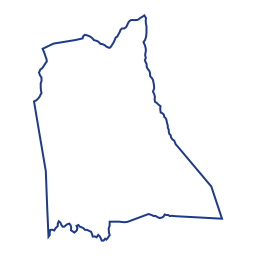 outline of Lagoa Real, Bahia, Brazil
{"feature_id": "56859067B61911613465108", "entity_name": "Lagoa Real", "entity_type": "district", "adm_level": 2, "iso_a3": "BRA", "parent_name": "Brazil", "parent_adm1": "Bahia", "projection": "equal_earth", "projection_center": [-42.217, -14.03], "detail": "fine", "context": "isolated", "style": "outline", "palette": "blue", "viewbox_px": 256, "rotation_deg": 0, "n_neighbors": 0, "source": "geoboundaries", "source_scale": "gbopen_adm2", "svg_char_len": 2389}
<svg xmlns="http://www.w3.org/2000/svg" viewBox="0 0 256 256"><path d="M176.9,145.6L175.7,144.4L175.0,142.5L174.2,140.6L172.4,139.4L171.0,137.3L170.7,135.3L169.2,133.7L168.8,131.5L168.7,129.6L167.8,127.7L167.8,125.7L167.0,122.9L166.4,119.8L165.6,118.1L164.3,117.0L163.8,114.6L162.4,113.3L160.7,112.5L160.2,109.0L160.5,106.2L158.8,104.9L156.7,102.9L155.1,101.9L154.6,99.8L154.9,96.9L154.2,94.1L153.0,91.6L154.2,88.2L154.0,85.5L153.6,83.2L153.1,80.3L152.1,78.4L150.2,76.2L149.9,72.6L149.3,70.8L148.2,69.6L146.7,67.0L146.6,64.1L145.6,62.2L144.9,60.2L145.8,57.9L145.2,55.7L145.3,53.5L145.8,51.6L145.8,48.8L145.0,45.5L143.5,42.2L145.2,39.7L146.1,36.6L146.3,34.5L146.5,32.4L146.5,29.1L146.5,26.5L145.9,23.4L145.7,20.8L146.0,18.1L144.3,15.4L142.5,16.7L140.2,18.0L138.2,19.6L136.8,20.0L134.8,20.1L132.5,20.0L130.7,20.1L129.3,21.3L128.2,22.8L127.3,24.8L126.3,26.9L124.5,28.3L121.7,28.6L120.3,30.3L119.7,32.1L118.5,34.2L117.3,36.6L115.7,37.5L114.6,40.3L113.6,42.5L112.4,44.3L111.0,46.6L109.7,47.8L107.9,47.4L106.3,46.6L104.8,45.2L102.5,44.1L100.5,43.9L98.5,41.8L97.1,41.0L95.7,40.6L93.9,40.1L92.2,38.1L90.0,36.5L87.3,35.4L84.8,34.8L83.1,36.3L82.6,38.4L75.6,40.0L53.5,43.6L42.6,48.8L43.5,50.8L44.4,53.1L45.0,54.9L45.6,56.7L46.6,59.4L46.8,61.5L45.2,63.6L43.3,66.7L42.0,68.4L40.3,69.6L39.0,72.6L40.0,75.3L41.5,77.6L41.5,81.1L40.7,83.4L40.7,87.0L40.9,90.2L41.5,93.1L40.6,94.5L39.7,96.6L38.1,98.6L36.2,100.4L34.0,101.4L39.3,132.9L45.8,171.1L47.3,210.1L48.5,236.7L49.7,235.1L49.7,232.4L50.2,230.0L52.3,229.7L54.2,230.5L55.8,227.9L57.7,226.2L57.8,223.5L58.8,221.3L60.5,222.8L61.3,224.8L62.6,226.7L64.2,226.7L65.6,225.5L67.3,224.2L69.3,223.6L70.5,225.1L71.2,227.3L71.0,230.3L72.4,231.2L74.4,232.6L76.7,230.5L77.4,228.0L76.5,225.9L78.4,225.0L79.7,226.6L81.4,227.2L83.6,228.3L84.8,229.8L87.1,229.9L89.1,230.9L91.0,231.7L92.0,234.0L92.7,236.6L94.7,236.4L96.6,237.3L98.2,234.9L99.6,236.2L100.6,237.9L101.7,240.6L103.6,240.6L105.1,238.7L106.3,239.6L107.9,237.8L109.7,235.1L109.0,232.8L108.8,230.7L108.7,228.4L109.6,225.9L109.7,221.7L111.7,221.7L114.0,221.7L117.3,221.7L119.5,221.7L121.2,221.9L122.8,222.1L124.7,222.2L127.4,221.9L148.6,214.0L150.2,214.6L151.6,215.0L153.5,216.0L155.4,215.9L157.3,217.0L159.7,218.1L162.1,217.5L163.7,216.4L164.7,214.5L166.6,215.1L168.1,215.0L169.9,216.1L171.7,215.8L173.6,216.0L175.6,216.2L222.0,218.7L211.3,186.5L176.9,145.6Z" fill="none" stroke="#1e3a8a" stroke-width="2"/></svg>